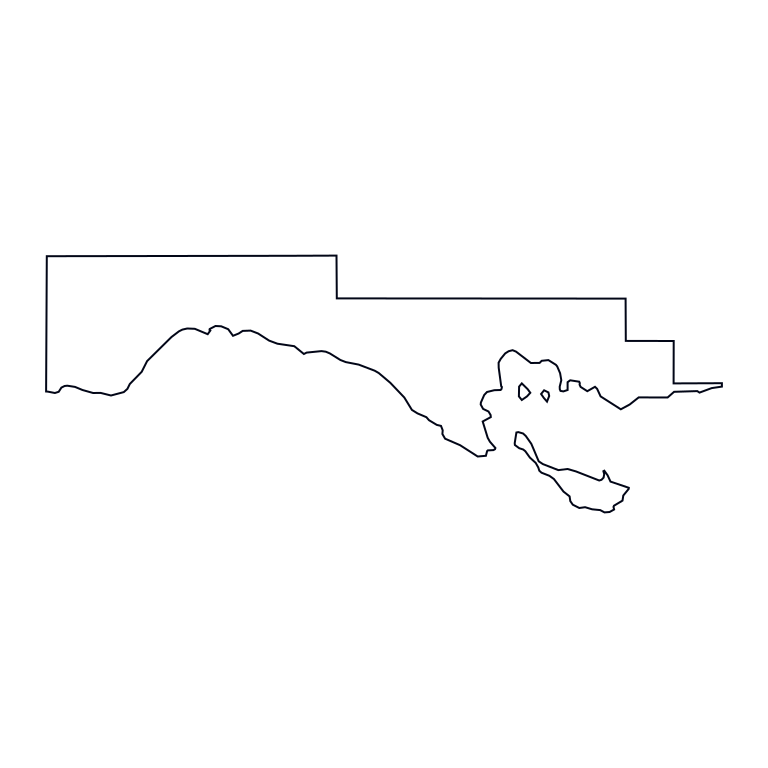 Mackinac, Michigan, United States of America
{"feature_id": "52423323B7185971756964", "entity_name": "Mackinac", "entity_type": "district", "adm_level": 2, "iso_a3": "USA", "parent_name": "United States of America", "parent_adm1": "Michigan", "projection": "natural_earth1", "projection_center": [-84.806, 45.984], "detail": "fine", "context": "isolated", "style": "outline", "palette": "ink", "viewbox_px": 768, "rotation_deg": 0, "n_neighbors": 0, "source": "geoboundaries", "source_scale": "gbopen_adm2", "svg_char_len": 2458}
<svg xmlns="http://www.w3.org/2000/svg" viewBox="0 0 768 768"><path d="M46.8,256.2L46.1,391.5L47.7,391.6L54.9,393.0L58.7,391.8L61.4,387.6L64.6,386.0L67.3,385.7L75.0,386.9L82.5,390.0L93.1,393.0L100.6,392.9L111.0,395.5L123.8,392.1L127.4,388.9L129.8,384.0L141.7,371.8L147.1,361.1L171.5,337.0L179.0,331.3L182.4,329.6L187.2,328.5L194.8,328.8L207.7,334.2L210.3,330.6L209.5,329.9L209.7,329.0L215.5,326.0L221.2,326.3L228.2,329.2L233.0,335.8L238.7,333.5L242.7,330.9L250.6,330.6L258.1,333.5L269.1,340.6L277.4,343.7L294.3,346.2L303.9,354.0L306.6,352.6L321.5,351.1L325.8,351.7L329.8,353.4L340.4,360.0L345.8,362.1L358.7,364.6L374.7,370.7L378.7,373.0L390.3,382.8L404.3,397.5L411.9,409.9L417.5,413.4L426.4,417.2L429.0,420.2L436.8,424.9L441.0,425.9L442.7,430.3L442.4,434.0L445.1,438.7L460.1,445.2L477.7,456.5L485.9,455.8L487.1,451.1L487.8,450.4L493.4,450.1L495.0,449.2L495.4,448.0L489.9,441.7L487.7,437.8L482.7,421.5L490.8,417.1L490.6,415.0L488.5,411.5L483.1,408.9L480.7,404.5L480.9,402.5L484.2,395.0L487.0,392.0L494.3,390.2L500.6,390.0L501.5,389.0L501.9,387.0L501.2,386.2L498.7,367.7L498.6,362.7L500.7,358.9L505.2,353.4L508.7,351.2L512.6,350.2L516.0,351.6L530.9,363.0L539.6,362.9L541.7,360.8L548.4,360.1L555.9,364.8L557.2,366.4L560.1,373.2L561.3,380.2L559.7,386.7L559.8,389.3L560.5,390.9L563.4,391.4L567.6,390.0L567.6,382.2L570.2,380.3L579.2,381.7L579.8,383.1L579.6,384.7L580.6,386.9L587.3,391.2L595.0,386.8L597.1,388.8L600.6,396.4L620.8,409.3L629.7,404.5L638.7,397.4L667.6,397.5L674.1,391.8L697.3,391.1L699.5,392.6L711.7,388.1L721.9,386.6L721.9,383.2L673.6,383.4L673.7,341.0L625.8,340.9L625.6,298.6L336.8,298.4L336.5,255.6L288.5,255.8L46.8,256.2ZM514.7,443.2L514.9,445.0L519.2,448.2L523.2,449.5L525.3,451.2L529.9,457.6L535.7,462.9L538.3,467.5L539.3,470.7L541.5,472.7L549.4,475.8L553.9,479.0L563.5,491.6L569.6,496.4L570.3,501.1L572.8,504.7L579.3,508.0L585.1,507.2L592.1,509.3L600.2,510.1L604.5,512.4L609.6,512.0L614.1,509.5L613.5,506.9L614.0,505.7L622.5,500.6L623.3,495.5L628.7,488.9L628.8,487.8L610.5,481.6L607.6,475.3L604.3,470.7L603.4,471.2L604.2,474.1L603.6,477.6L601.5,479.8L599.2,480.5L575.9,471.4L567.6,469.0L558.3,470.1L542.9,464.1L538.7,461.3L533.4,448.7L531.3,443.8L525.8,436.0L523.1,433.5L518.3,432.1L516.4,432.5L514.7,443.2ZM519.1,386.6L518.9,396.4L521.8,400.0L527.0,396.4L530.3,392.8L527.7,389.2L521.8,383.4L519.1,386.6ZM541.1,394.0L543.8,397.9L547.0,401.6L549.2,396.0L548.4,392.4L544.1,390.3L541.1,394.0Z" fill="none" stroke="#020617" stroke-width="2"/></svg>